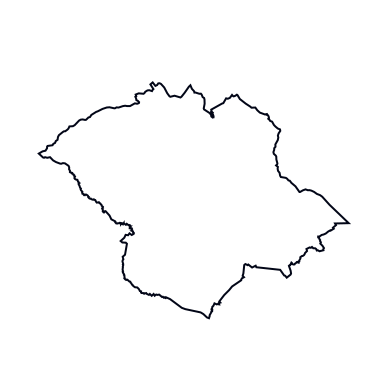 Khok Samrong, Lop Buri, Thailand (Albers equal-area conic projection), rotated 229°
{"feature_id": "78962969B63435084868089", "entity_name": "Khok Samrong", "entity_type": "district", "adm_level": 2, "iso_a3": "THA", "parent_name": "Thailand", "parent_adm1": "Lop Buri", "projection": "albers", "projection_center": [100.783, 15.056], "detail": "fine", "context": "isolated", "style": "outline", "palette": "ink", "viewbox_px": 384, "rotation_deg": 229, "n_neighbors": 0, "source": "geoboundaries", "source_scale": "gbopen_adm2", "svg_char_len": 5989}
<svg xmlns="http://www.w3.org/2000/svg" viewBox="0 0 384 384"><g transform="rotate(229 192 192)"><path d="M65.7,289.8L92.1,287.4L103.0,287.2L105.6,286.6L108.6,285.0L112.0,284.2L114.7,283.0L116.3,281.9L117.3,280.6L119.5,279.4L120.5,276.8L121.1,273.6L121.5,273.1L128.4,273.8L133.7,273.0L136.3,273.2L137.5,272.4L139.5,272.5L141.1,272.1L145.0,268.9L146.5,269.2L149.1,270.7L151.5,270.8L153.4,271.9L154.6,273.3L156.9,272.9L157.0,274.4L157.5,275.2L161.2,277.0L163.4,278.8L164.5,279.1L167.1,278.8L168.7,279.6L169.9,281.7L171.1,282.8L171.4,284.7L173.2,286.1L174.9,290.8L176.5,292.9L178.2,293.8L179.4,295.8L180.2,298.7L181.5,299.5L183.6,298.4L186.7,297.9L188.9,297.8L192.5,298.6L194.4,297.6L195.7,297.9L196.8,297.5L197.3,297.7L197.3,298.6L198.5,299.3L200.0,299.7L201.1,299.1L201.1,299.5L201.7,299.7L202.7,297.9L207.4,295.3L210.9,294.9L214.2,295.2L216.6,292.2L218.2,292.0L223.5,290.5L230.8,289.1L235.2,289.9L236.0,289.7L236.2,287.8L236.8,286.2L237.4,285.9L239.0,285.9L238.2,282.3L238.9,280.2L240.3,279.2L238.5,273.9L239.0,272.8L241.5,260.8L241.2,260.8L240.3,259.3L239.7,258.9L239.3,259.5L238.5,258.9L238.2,259.3L237.9,258.5L237.1,258.7L236.9,258.1L236.4,258.1L236.4,258.5L235.7,258.3L235.4,257.5L234.5,257.6L234.3,257.3L234.8,256.9L233.9,256.7L235.3,256.3L235.9,256.6L236.4,256.2L238.3,257.3L238.9,257.0L239.6,257.2L246.4,255.3L247.4,255.7L250.3,259.4L253.6,262.1L255.0,262.8L256.6,262.3L259.2,263.2L260.4,263.2L261.3,262.0L265.4,259.5L265.5,259.1L266.9,259.7L269.9,259.6L273.6,260.8L273.5,258.7L271.7,251.5L270.8,246.6L270.9,245.3L276.1,242.0L278.1,238.1L279.1,237.8L282.8,238.1L289.1,239.6L293.9,239.5L295.3,238.9L296.1,237.8L295.6,235.8L296.1,234.0L300.5,234.2L300.5,231.2L295.0,230.4L295.0,229.6L294.4,228.0L296.9,226.5L297.9,225.0L298.3,222.5L297.9,221.2L297.9,219.9L301.4,216.5L302.5,213.4L300.9,212.8L301.0,211.7L299.5,211.3L297.8,210.3L296.4,210.9L294.5,211.0L294.0,210.4L294.1,209.7L294.6,208.5L296.4,207.0L297.5,201.6L299.4,199.4L301.0,198.1L302.2,196.1L303.9,192.0L305.4,190.5L305.6,189.1L306.1,188.3L310.1,185.3L311.7,183.1L313.4,179.0L314.8,173.5L315.3,172.4L316.2,166.6L315.5,164.2L316.2,162.7L316.0,159.5L316.5,158.6L318.5,157.1L319.6,155.5L320.0,153.7L319.4,147.3L319.8,145.3L321.9,142.5L320.9,140.3L320.8,138.9L321.0,136.2L321.8,135.2L322.0,134.2L322.2,128.8L321.4,126.9L319.6,124.8L319.8,122.6L318.9,120.9L319.3,118.9L318.8,117.4L321.5,113.2L321.3,112.4L320.1,111.3L319.3,108.5L320.7,105.9L321.5,101.6L315.9,102.2L314.9,102.8L314.7,103.9L312.8,105.2L311.4,107.7L307.0,107.9L303.8,109.0L299.9,111.1L299.1,111.9L298.5,113.5L297.0,114.9L292.8,116.0L291.2,115.5L289.7,114.1L288.2,113.9L287.1,112.9L286.2,113.2L285.8,113.7L284.8,113.6L284.7,114.1L282.9,113.8L282.6,114.1L282.3,113.9L281.7,114.1L281.0,113.5L280.4,113.8L279.7,112.4L278.8,112.2L277.3,112.7L276.4,113.5L274.6,112.8L274.2,113.0L273.5,112.6L272.7,112.8L272.8,112.0L272.0,111.4L270.8,111.3L268.8,110.4L267.5,110.4L267.3,109.8L266.2,109.4L264.1,109.4L263.8,108.8L262.6,108.2L262.2,108.6L260.8,108.5L260.8,108.8L260.1,109.0L260.3,109.4L259.8,109.7L259.7,110.3L259.2,110.6L257.5,111.0L256.6,110.6L256.1,110.8L256.0,110.3L254.7,110.3L253.8,110.7L253.5,111.3L252.7,111.3L251.5,111.9L251.0,112.9L250.7,112.7L249.4,113.7L247.5,113.2L246.4,113.2L245.4,115.0L244.4,114.8L243.6,115.3L242.8,115.1L241.8,115.3L240.9,114.8L239.3,115.0L239.1,114.4L238.4,114.3L238.4,113.3L236.7,112.9L236.1,112.0L234.8,111.9L234.3,112.1L234.6,113.9L234.2,114.2L228.3,114.3L224.3,113.2L220.2,114.8L219.7,114.7L219.5,114.2L218.1,114.2L217.7,114.8L217.3,114.8L216.2,116.9L215.8,117.0L216.0,117.4L215.0,118.2L214.4,117.6L214.5,118.2L214.0,118.8L213.4,118.4L213.0,118.6L213.5,119.2L213.1,119.4L213.3,120.1L212.9,119.8L212.2,120.2L210.6,120.6L210.8,121.9L208.7,122.3L208.4,122.9L207.9,123.2L207.6,122.9L207.3,123.2L206.7,122.8L206.5,123.0L206.5,122.2L206.0,121.7L205.7,122.4L205.3,122.0L204.7,122.3L204.7,121.9L203.9,122.6L203.5,122.5L203.6,121.9L202.3,121.6L202.4,121.0L201.0,121.6L200.1,121.0L199.5,121.3L199.2,121.2L199.3,120.6L198.7,120.3L199.1,118.3L201.8,117.7L201.3,115.4L203.2,113.8L201.9,110.9L201.8,106.0L199.6,106.3L197.2,108.8L195.6,108.9L188.6,100.3L188.6,97.2L186.2,96.0L185.9,94.8L185.1,93.9L182.9,92.9L182.6,92.2L182.0,92.2L180.9,90.6L180.3,90.3L179.2,88.9L177.9,88.2L177.7,87.7L176.9,87.6L176.6,87.0L174.3,86.7L174.1,86.2L173.3,86.2L172.2,85.3L171.8,85.2L171.3,84.3L170.0,84.3L169.7,84.7L168.8,84.6L168.2,85.7L165.6,86.0L164.8,86.6L164.0,86.2L162.7,86.3L161.5,85.9L160.8,86.2L159.6,86.0L157.5,86.5L155.8,88.1L153.3,88.2L151.5,87.7L150.4,88.4L149.6,87.6L148.9,87.6L147.2,89.4L146.6,89.2L145.8,91.1L144.6,91.1L142.6,92.0L142.7,93.3L140.1,93.5L140.2,96.1L138.2,95.8L138.1,97.7L137.1,98.3L136.1,99.9L132.4,100.5L132.1,101.3L130.7,101.4L130.6,102.1L129.6,102.3L129.7,103.0L129.3,103.0L129.4,103.4L125.5,105.2L111.3,108.3L108.0,110.1L95.5,119.5L92.4,120.5L87.5,121.0L85.6,122.0L86.8,124.0L87.4,124.4L88.6,127.8L89.0,128.1L88.8,129.0L89.2,129.4L89.6,129.3L90.0,130.1L90.8,129.9L91.2,131.1L92.0,132.0L92.1,133.6L93.2,135.9L91.0,136.9L90.8,137.6L89.3,138.8L90.6,139.5L90.0,140.8L91.5,140.8L93.1,148.7L93.6,155.7L94.4,160.3L93.1,171.2L93.5,171.5L94.1,173.0L93.6,175.3L95.5,175.2L96.8,177.3L102.6,183.5L102.6,185.0L100.3,186.0L100.3,186.9L95.6,187.8L94.6,191.7L93.0,191.2L75.4,207.5L68.6,206.8L67.6,207.4L65.2,207.3L65.0,212.2L65.5,213.3L67.9,214.8L72.7,216.7L72.7,217.9L72.4,218.2L73.5,220.7L72.7,220.8L72.0,220.2L70.4,221.3L70.1,221.9L70.4,222.5L70.2,223.7L70.4,225.2L69.9,226.0L69.3,225.7L68.7,226.1L69.3,226.8L69.2,227.4L69.8,227.7L70.7,230.2L71.7,230.9L71.6,232.8L71.1,233.6L70.9,235.0L71.1,236.0L71.8,237.3L72.0,240.1L73.9,241.0L73.0,244.4L71.9,245.1L71.8,246.5L70.0,246.6L68.6,248.1L67.4,248.3L66.0,247.8L65.5,248.7L63.6,249.4L61.8,253.0L62.7,253.5L63.1,254.8L65.9,255.2L68.9,255.0L69.5,256.3L70.8,256.4L71.7,257.2L72.4,257.1L73.7,257.7L74.9,257.4L75.6,258.0L74.8,258.9L74.5,261.7L73.6,263.4L72.9,265.7L72.8,268.9L72.3,271.3L71.9,271.3L71.3,274.9L72.6,275.0L72.5,278.9L74.4,279.3L65.7,289.8Z" fill="none" stroke="#020617" stroke-width="2"/></g></svg>